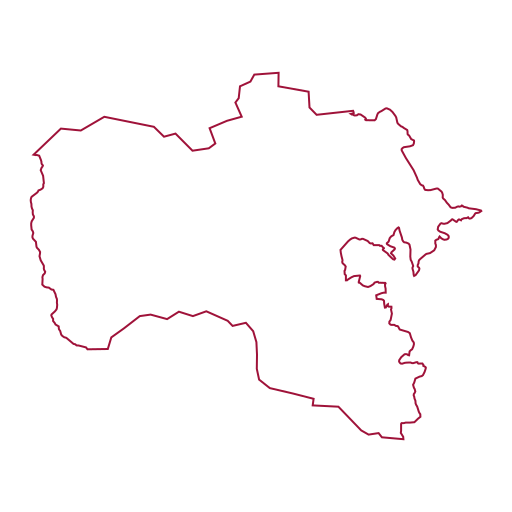 outline of Kapan, Syunik, Armenia
{"feature_id": "60910142B33530441096586", "entity_name": "Kapan", "entity_type": "district", "adm_level": 2, "iso_a3": "ARM", "parent_name": "Armenia", "parent_adm1": "Syunik", "projection": "orthographic", "projection_center": [46.399, 39.181], "detail": "fine", "context": "isolated", "style": "outline", "palette": "rose", "viewbox_px": 512, "rotation_deg": 0, "n_neighbors": 0, "source": "geoboundaries", "source_scale": "gbopen_adm2", "svg_char_len": 6022}
<svg xmlns="http://www.w3.org/2000/svg" viewBox="0 0 512 512"><path d="M403.4,439.2L403.2,436.8L400.8,432.9L401.1,430.7L401.1,423.9L401.6,423.1L403.9,423.1L405.7,422.6L409.9,422.6L414.4,422.2L418.1,418.6L420.4,416.8L420.3,414.2L419.5,413.1L418.8,411.7L417.2,406.6L416.2,404.9L415.6,403.5L415.4,400.7L414.5,398.5L414.2,396.6L413.7,395.5L413.8,394.1L414.6,393.0L415.3,391.5L414.7,389.1L413.9,387.7L413.1,384.8L414.2,382.6L415.4,378.6L419.6,376.6L421.7,376.1L423.0,375.1L424.6,371.9L425.7,368.6L425.8,367.5L425.3,366.9L423.3,365.8L423.5,365.1L422.4,363.5L418.3,363.6L417.7,363.0L417.4,362.2L416.3,362.2L413.4,363.1L412.0,363.1L410.5,362.5L407.1,362.6L404.9,362.8L402.1,363.7L400.6,363.5L399.8,362.7L399.1,361.6L399.2,360.2L401.2,357.2L404.5,354.3L405.9,354.1L407.3,354.4L408.1,355.1L409.1,355.3L409.6,351.4L410.9,350.1L412.1,349.3L413.3,346.6L413.9,344.4L413.9,343.0L413.3,341.7L412.4,340.7L411.0,337.3L409.8,333.2L408.1,332.0L399.7,329.5L398.1,326.5L397.6,326.1L395.9,325.9L394.3,324.9L391.2,324.9L390.2,324.4L389.3,323.4L389.4,321.6L390.6,320.0L391.9,313.6L391.0,309.5L391.5,308.1L391.4,306.7L388.6,306.6L387.8,306.0L387.9,304.3L387.4,304.6L385.8,307.5L384.9,307.6L384.2,303.8L384.0,300.8L383.3,300.0L381.7,299.3L376.7,298.9L376.2,295.3L381.5,293.2L383.6,292.7L385.7,292.7L385.6,288.6L385.1,286.4L385.0,284.5L385.6,283.4L385.3,282.9L378.7,282.7L378.0,281.9L376.9,281.9L374.6,282.6L373.5,284.1L371.8,285.2L370.4,286.1L368.0,287.0L364.7,286.2L362.8,285.4L359.7,282.7L358.8,282.6L358.7,282.1L360.2,276.1L359.9,275.5L354.0,276.1L351.4,277.3L348.1,279.4L347.0,280.3L345.9,280.3L345.9,275.4L344.7,274.1L344.5,270.9L345.1,269.9L345.7,266.5L344.8,265.2L342.6,263.2L342.2,261.9L342.5,260.7L342.4,259.6L341.5,256.2L340.8,252.7L340.5,249.9L348.1,241.3L350.2,239.5L351.9,238.4L354.6,237.6L355.6,237.7L359.4,239.5L360.7,239.4L362.0,238.8L363.1,238.9L367.7,241.0L369.7,243.1L370.9,243.5L372.5,243.3L373.7,245.1L378.2,245.1L379.4,245.2L379.9,245.8L381.6,245.8L382.9,247.3L383.8,247.9L383.9,248.3L383.2,248.8L382.8,249.7L383.0,250.1L387.7,253.5L388.3,254.7L391.8,258.1L393.2,259.3L394.4,259.6L395.2,258.5L393.4,255.6L391.0,253.3L391.5,252.2L394.6,249.4L394.9,248.4L394.3,247.6L390.3,246.2L387.1,244.2L386.8,243.7L386.9,243.1L388.6,241.6L389.7,238.2L390.4,237.3L391.3,236.3L393.5,235.1L394.4,232.0L395.5,230.1L397.3,228.2L398.5,227.4L399.0,227.8L399.6,230.7L401.9,237.5L402.3,239.8L403.2,241.4L404.2,242.3L406.3,242.6L408.6,243.6L409.5,244.7L410.5,249.5L410.3,256.6L410.7,259.8L411.7,261.6L413.2,266.0L412.5,267.6L412.5,268.7L413.4,271.7L413.7,274.9L414.1,275.9L415.6,275.1L419.0,270.4L419.4,268.7L419.1,267.8L417.7,266.5L417.7,265.1L418.5,263.3L418.6,261.6L419.0,260.3L420.1,259.1L425.5,254.5L426.4,253.9L430.0,253.1L434.2,250.3L435.9,247.0L435.9,245.0L435.3,243.5L435.3,240.6L436.5,239.7L438.1,239.2L438.6,238.6L439.0,237.4L439.6,236.5L441.3,238.3L443.0,239.3L444.4,239.8L446.6,239.5L447.9,238.9L448.7,237.8L448.7,236.2L447.6,234.8L444.7,233.2L440.1,231.7L438.4,230.5L437.7,229.4L438.2,226.7L440.5,223.6L441.5,223.2L443.1,223.7L444.3,223.8L447.4,223.1L451.0,220.4L451.7,219.5L452.5,219.3L456.3,221.9L456.8,221.8L458.1,220.0L459.0,219.4L461.0,220.3L461.2,219.8L461.9,219.1L464.1,218.2L466.6,218.1L468.1,217.3L468.7,218.2L469.6,218.6L470.7,218.4L471.5,218.1L473.6,216.1L475.2,213.5L475.8,213.1L478.1,212.8L479.3,212.4L481.3,211.0L481.0,210.5L476.0,209.2L468.8,208.3L467.5,207.7L463.4,206.7L462.6,205.8L461.8,205.5L461.1,206.3L459.3,206.7L458.3,206.4L456.9,206.8L455.3,207.7L452.3,207.9L450.6,207.3L448.7,204.7L446.8,202.7L445.0,200.1L443.2,198.5L442.7,197.6L442.8,194.8L442.1,192.5L441.4,191.5L438.4,189.0L437.7,188.5L436.6,188.5L430.5,190.1L428.0,190.2L425.2,189.9L424.3,188.7L423.7,186.8L423.0,185.6L421.6,185.2L420.2,184.1L417.7,179.8L417.0,177.7L413.6,170.2L405.8,157.9L401.7,150.4L401.6,149.2L402.6,148.0L403.9,147.2L410.0,146.3L413.0,145.2L413.8,143.6L414.1,141.4L414.0,140.5L411.2,139.1L409.1,135.5L408.1,134.8L407.6,134.1L407.5,131.2L407.2,130.0L403.7,127.9L402.5,126.9L401.1,126.4L398.3,124.0L397.4,122.8L396.2,117.4L395.4,115.9L392.5,112.0L390.0,109.7L386.8,108.3L385.5,108.5L381.4,111.1L379.9,111.8L378.1,113.1L377.4,114.4L375.9,119.1L374.6,120.3L366.0,120.2L365.3,119.7L365.8,119.1L365.9,118.6L365.0,117.5L360.6,114.5L358.4,114.2L356.9,115.3L354.8,115.5L353.8,115.2L353.4,114.6L352.0,114.6L350.9,113.9L353.7,113.2L353.6,112.1L353.1,110.8L316.6,114.8L309.5,107.5L308.6,91.7L278.4,86.3L278.6,72.8L254.3,74.6L250.4,81.6L240.0,86.3L238.7,98.2L235.4,102.5L241.7,116.7L227.0,120.8L209.6,128.2L215.3,143.5L208.8,148.3L192.5,150.7L175.5,133.6L164.0,136.7L153.9,126.8L104.3,116.8L80.8,130.5L60.9,128.6L33.6,154.7L35.7,155.1L36.8,155.0L39.2,155.7L40.9,159.9L41.4,161.6L41.5,163.2L41.9,164.3L42.9,165.4L42.6,166.4L41.5,167.9L40.7,170.2L43.1,175.8L43.9,183.1L43.3,184.3L43.3,186.8L42.6,188.3L40.5,189.7L38.5,190.4L37.9,191.7L36.9,192.8L31.6,196.8L31.0,198.2L30.7,200.1L30.9,202.1L31.4,203.9L31.5,206.6L32.0,208.5L32.8,210.2L32.7,212.5L32.9,214.5L33.9,216.3L33.9,217.8L31.7,221.3L31.2,223.3L31.2,225.4L31.6,229.5L32.8,231.3L33.3,233.0L32.5,235.7L32.4,237.1L32.9,238.6L35.9,241.8L36.5,246.8L37.0,247.8L38.9,249.8L40.1,252.0L40.0,253.5L39.5,256.2L40.7,260.3L43.8,265.6L43.9,267.0L43.8,268.5L44.1,269.8L45.2,271.8L44.7,273.4L43.0,275.1L42.4,277.2L42.6,278.9L42.3,284.6L44.5,286.7L46.7,287.4L48.8,287.6L51.4,289.5L53.4,289.8L55.5,294.2L56.0,296.8L56.9,299.0L57.0,300.6L56.9,302.6L57.2,304.9L56.9,308.0L56.5,309.4L54.9,311.4L51.5,314.5L51.3,315.4L52.1,317.4L53.1,318.8L53.1,321.0L54.8,323.1L55.5,324.5L58.7,326.4L58.8,328.2L59.0,329.3L60.2,331.0L61.2,334.6L62.4,336.0L64.3,337.3L66.0,337.7L66.9,338.3L73.5,343.9L75.3,344.3L76.5,345.4L78.6,345.5L86.0,347.4L87.5,349.3L107.8,349.0L111.3,337.4L123.9,328.4L139.8,316.1L150.6,314.6L167.1,319.1L178.9,311.7L192.9,316.1L206.3,311.3L227.7,320.8L232.6,325.9L245.9,322.8L253.2,331.2L256.4,342.1L257.0,354.6L256.8,368.8L259.1,379.6L269.8,388.1L292.9,393.5L313.6,398.8L312.7,405.4L338.4,406.7L361.2,430.4L368.6,434.6L378.6,433.1L381.9,437.3L403.4,439.2Z" fill="none" stroke="#9f1239" stroke-width="2"/></svg>